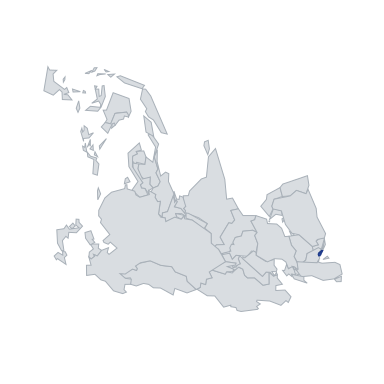 Lebanon on a map of Asia (Equal Earth projection), rotated 186°
{"feature_id": "LBN", "entity_name": "Lebanon", "entity_type": "country or territory", "adm_level": 0, "iso_a3": "LBN", "parent_name": "Asia", "parent_adm1": "", "projection": "equal_earth", "projection_center": [35.971, 33.877], "detail": "fine", "context": "in_parent", "style": "filled", "palette": "blue", "viewbox_px": 384, "rotation_deg": 186, "n_neighbors": 45, "source": "natural_earth", "source_scale": "50m", "svg_char_len": 13452}
<svg xmlns="http://www.w3.org/2000/svg" viewBox="0 0 384 384"><g transform="rotate(186 192 192)"><path d="M176.8,95.8L173.8,98.0L173.7,102.4L168.8,101.4L168.5,106.8L163.1,108.8L166.5,114.2L165.7,116.8L150.4,113.8L149.2,116.3L143.5,115.7L138.4,122.2L133.4,120.6L131.0,114.7L127.8,112.4L120.9,113.2L111.7,106.7L105.8,108.5L107.1,120.1L102.2,116.9L98.5,118.6L98.2,115.4L92.5,109.7L98.8,107.7L98.4,102.8L89.2,104.2L82.6,98.2L84.7,92.2L87.2,93.8L91.7,88.6L103.3,91.7L116.0,91.2L116.4,89.8L112.4,87.8L115.8,84.9L113.8,83.0L114.7,82.1L130.7,78.3L134.8,78.9L136.2,81.7L141.4,82.0L141.6,83.5L148.5,80.8L158.5,91.0L166.0,90.4L176.8,95.8Z" fill="#d9dde1" stroke="#a8b0b8" stroke-width="1"/><path d="M107.1,120.1L105.8,108.5L111.7,106.7L120.9,113.2L127.8,112.4L131.0,114.7L133.4,120.6L137.5,122.2L143.2,117.1L142.3,119.4L149.1,121.5L146.4,123.8L143.4,123.6L143.2,121.2L140.0,122.0L138.7,125.8L136.6,125.7L139.0,130.3L138.1,133.7L113.1,115.5L109.9,120.1L107.1,120.1Z" fill="#d9dde1" stroke="#a8b0b8" stroke-width="1"/><path d="M349.9,277.2L348.4,301.5L346.3,298.4L339.2,298.9L342.5,294.8L341.0,287.6L329.5,280.7L327.5,282.8L324.9,278.0L329.7,275.7L325.6,275.7L321.0,271.0L330.6,270.4L331.7,277.8L334.5,280.0L340.1,273.8L349.9,277.2ZM304.1,300.7L302.2,305.3L299.5,305.7L301.3,302.1L304.1,300.7ZM330.3,293.2L330.2,290.4L331.4,287.8L331.9,290.7L330.3,293.2ZM285.6,252.0L284.1,255.3L288.9,264.1L285.6,264.5L280.8,282.5L264.4,278.4L261.0,265.9L263.0,259.9L265.4,264.6L274.5,262.9L276.8,262.1L280.0,251.3L285.6,252.0ZM313.5,280.1L320.7,279.0L321.6,281.9L313.5,280.1ZM310.6,281.6L308.7,280.9L308.2,279.3L311.0,279.2L310.6,281.6ZM313.7,259.3L315.9,263.2L314.2,270.8L312.3,263.7L313.7,259.3ZM294.2,262.5L306.3,262.1L302.0,266.6L292.2,266.6L291.8,269.4L294.3,272.7L301.0,269.8L295.9,274.6L300.0,287.4L297.5,287.2L298.9,284.1L295.5,284.6L294.3,277.3L292.4,278.4L292.4,288.1L290.6,288.7L288.2,277.9L291.3,266.9L294.2,262.5ZM292.2,304.7L287.3,303.1L290.0,302.4L292.2,304.7ZM290.2,300.4L296.1,299.1L298.7,297.7L298.1,299.8L290.2,300.4ZM284.8,297.7L288.0,300.0L281.4,301.2L284.8,297.7ZM252.5,289.5L270.5,293.4L278.7,298.7L275.4,300.1L250.4,293.1L252.5,289.5ZM245.7,270.1L253.0,278.9L251.9,289.3L248.8,289.4L243.1,283.2L222.7,247.0L228.8,247.8L237.9,259.6L243.1,262.2L246.8,267.1L245.7,270.1Z" fill="#d9dde1" stroke="#a8b0b8" stroke-width="1"/><path d="M304.3,302.5L307.0,298.9L310.8,298.8L304.3,302.5Z" fill="#d9dde1" stroke="#a8b0b8" stroke-width="1"/><path d="M57.9,146.6L55.7,151.5L55.5,159.6L53.9,153.7L56.0,147.3L57.9,146.6Z" fill="#d9dde1" stroke="#a8b0b8" stroke-width="1"/><path d="M57.2,149.6L55.6,153.2L56.2,149.2L57.2,149.6Z" fill="#d9dde1" stroke="#a8b0b8" stroke-width="1"/><path d="M57.2,149.6L65.5,146.3L66.6,150.4L60.9,152.7L63.5,156.1L58.5,160.7L55.5,159.6L57.2,149.6Z" fill="#d9dde1" stroke="#a8b0b8" stroke-width="1"/><path d="M99.8,178.1L106.3,178.6L112.0,172.9L109.2,184.4L101.1,182.6L99.8,178.1Z" fill="#d9dde1" stroke="#a8b0b8" stroke-width="1"/><path d="M97.7,176.3L97.4,173.7L98.7,171.5L99.7,174.7L97.7,176.3Z" fill="#d9dde1" stroke="#a8b0b8" stroke-width="1"/><path d="M87.7,157.7L90.8,162.9L85.9,161.0L87.7,157.7Z" fill="#d9dde1" stroke="#a8b0b8" stroke-width="1"/><path d="M66.6,150.4L65.5,146.3L71.1,142.8L71.7,136.3L75.3,132.9L80.3,133.6L83.8,138.5L82.3,144.3L87.5,149.4L91.0,158.1L81.1,160.7L66.6,150.4Z" fill="#d9dde1" stroke="#a8b0b8" stroke-width="1"/><path d="M109.7,183.6L112.5,175.7L122.1,185.0L117.2,192.5L117.1,197.2L104.9,205.6L101.6,197.0L109.6,193.4L111.1,186.2L109.7,183.6ZM112.4,170.8L111.4,171.7L112.1,170.5L112.4,170.8Z" fill="#d9dde1" stroke="#a8b0b8" stroke-width="1"/><path d="M241.4,222.0L241.7,214.5L250.2,215.8L251.2,213.2L254.7,217.0L254.8,221.5L250.4,224.3L251.8,226.5L244.3,227.8L241.4,222.0Z" fill="#d9dde1" stroke="#a8b0b8" stroke-width="1"/><path d="M247.8,214.3L241.7,214.5L241.4,222.0L234.1,217.5L232.9,232.9L241.6,244.2L239.0,246.2L230.2,236.2L233.2,223.1L228.3,211.2L229.8,207.3L224.7,199.0L226.5,194.4L231.1,191.9L234.8,195.3L235.1,202.4L240.5,199.5L245.1,202.7L248.3,209.5L247.8,214.3Z" fill="#d9dde1" stroke="#a8b0b8" stroke-width="1"/><path d="M253.8,214.6L247.8,214.3L248.3,209.5L242.6,199.8L235.1,202.4L234.8,195.3L231.1,191.9L235.3,189.1L234.2,185.0L239.2,190.6L242.6,190.6L244.1,193.8L241.9,196.0L252.9,208.3L253.8,214.6Z" fill="#d9dde1" stroke="#a8b0b8" stroke-width="1"/><path d="M231.1,191.9L226.5,194.4L224.7,199.0L229.8,207.3L228.3,211.2L233.2,223.1L230.9,230.4L229.9,218.6L224.8,204.6L220.4,209.0L217.0,207.8L216.5,199.9L209.6,188.1L214.3,169.9L219.2,168.1L219.0,163.9L223.0,166.6L222.5,179.4L225.2,178.8L228.2,182.8L227.8,185.7L233.1,186.7L231.1,191.9Z" fill="#d9dde1" stroke="#a8b0b8" stroke-width="1"/><path d="M246.7,228.3L251.8,226.5L250.4,224.3L254.8,221.5L253.9,210.9L241.9,196.0L244.1,193.8L242.6,190.6L239.2,190.6L235.5,184.5L243.4,181.3L251.8,187.8L246.8,196.8L257.4,210.6L259.7,223.9L249.5,235.3L246.7,228.3Z" fill="#d9dde1" stroke="#a8b0b8" stroke-width="1"/><path d="M287.8,116.6L287.8,121.5L284.1,125.1L287.7,129.6L279.3,130.5L279.3,126.3L275.8,124.5L276.9,122.5L279.5,118.5L283.3,119.6L282.1,117.9L285.3,114.8L287.8,116.6Z" fill="#d9dde1" stroke="#a8b0b8" stroke-width="1"/><path d="M283.4,131.7L287.7,128.8L293.0,134.9L294.2,140.5L288.5,142.9L284.6,135.0L286.3,134.5L283.4,131.7Z" fill="#d9dde1" stroke="#a8b0b8" stroke-width="1"/><path d="M177.6,95.5L186.4,91.1L199.0,94.3L200.0,87.6L213.3,93.2L220.4,92.7L225.4,95.6L230.7,96.0L237.6,92.7L243.4,93.8L244.4,100.2L249.3,99.2L254.8,102.2L243.1,109.1L238.9,108.2L238.5,110.2L240.5,112.4L238.2,115.1L226.4,119.2L215.3,115.8L204.3,115.6L200.3,110.8L188.9,107.6L187.4,102.7L177.6,95.5Z" fill="#d9dde1" stroke="#a8b0b8" stroke-width="1"/><path d="M219.0,163.9L219.2,168.1L214.3,169.9L210.3,186.0L208.1,180.3L207.2,182.6L205.5,180.8L207.9,175.5L201.3,174.5L197.0,170.3L196.5,172.7L198.7,174.6L196.8,177.2L198.6,178.2L200.3,187.3L195.3,188.0L194.5,192.8L184.1,205.9L179.2,208.3L179.3,228.8L173.2,237.7L160.7,208.0L156.8,188.5L151.1,190.2L144.1,180.1L151.5,177.7L146.6,168.6L149.1,164.9L152.2,165.2L159.3,150.1L154.4,143.1L162.2,142.0L164.1,139.2L167.5,143.1L168.6,152.7L175.5,157.3L173.5,162.1L182.7,167.1L195.7,170.4L196.5,164.6L197.4,168.0L200.0,169.4L206.0,168.9L204.5,165.7L215.0,159.8L216.0,163.4L219.0,163.9Z" fill="#d9dde1" stroke="#a8b0b8" stroke-width="1"/><path d="M208.1,180.3L210.1,191.0L206.6,183.4L204.1,183.3L203.9,186.8L200.5,186.0L196.8,177.2L198.7,174.6L196.5,172.7L197.0,170.3L201.3,174.5L207.9,175.5L205.5,180.8L207.2,182.6L208.1,180.3Z" fill="#d9dde1" stroke="#a8b0b8" stroke-width="1"/><path d="M204.5,165.7L206.0,168.9L197.4,168.0L199.8,163.8L204.5,165.7Z" fill="#d9dde1" stroke="#a8b0b8" stroke-width="1"/><path d="M195.1,165.3L195.7,170.4L193.5,170.5L173.5,162.1L176.4,156.4L188.9,164.1L195.1,165.3Z" fill="#d9dde1" stroke="#a8b0b8" stroke-width="1"/><path d="M164.1,139.2L162.2,142.0L154.4,143.1L159.3,150.1L152.2,165.2L149.1,164.9L146.6,168.6L151.5,177.7L144.1,180.1L138.8,173.9L126.0,175.2L126.7,171.0L130.3,169.2L123.0,158.5L127.6,160.3L137.3,158.3L138.3,153.4L144.2,151.3L148.5,135.8L156.4,133.7L159.7,137.8L164.1,139.2Z" fill="#d9dde1" stroke="#a8b0b8" stroke-width="1"/><path d="M130.4,133.8L141.5,133.6L144.9,129.2L148.3,135.0L151.5,132.5L156.4,133.7L147.2,137.2L148.6,140.3L147.3,144.2L144.8,144.1L146.1,146.4L144.2,151.3L138.3,153.4L137.3,158.3L127.6,160.3L123.0,158.5L125.1,155.3L121.2,147.6L122.0,138.6L126.6,139.5L130.4,133.8Z" fill="#d9dde1" stroke="#a8b0b8" stroke-width="1"/><path d="M138.1,133.7L139.0,130.3L136.6,125.7L143.2,121.2L144.4,123.5L141.0,125.8L151.4,126.2L155.8,132.8L148.3,135.0L144.9,129.2L141.5,133.6L138.1,133.7Z" fill="#d9dde1" stroke="#a8b0b8" stroke-width="1"/><path d="M143.2,117.1L149.2,116.3L150.4,113.8L165.7,116.8L151.4,126.2L141.0,125.8L140.9,124.0L149.1,121.5L142.3,119.4L143.2,117.1Z" fill="#d9dde1" stroke="#a8b0b8" stroke-width="1"/><path d="M98.5,118.6L102.2,116.9L105.9,120.3L109.9,120.1L113.1,115.5L134.5,130.9L134.7,132.9L132.6,132.0L124.7,139.9L122.0,138.6L121.5,135.8L111.5,130.7L103.2,133.5L102.7,127.7L99.4,124.2L99.8,121.5L104.2,121.3L101.4,117.5L99.5,120.7L98.5,118.6Z" fill="#d9dde1" stroke="#a8b0b8" stroke-width="1"/><path d="M91.0,158.1L87.5,149.4L82.3,144.3L83.8,138.5L78.9,130.9L78.4,126.2L83.5,128.4L88.1,125.7L91.3,132.2L95.6,134.6L103.0,134.3L109.7,130.4L121.5,135.8L121.2,147.6L125.1,155.3L123.0,158.5L130.3,169.2L126.7,171.0L126.0,175.2L115.0,172.8L113.6,168.5L104.4,169.0L99.1,165.3L95.0,157.4L91.0,158.1Z" fill="#d9dde1" stroke="#a8b0b8" stroke-width="1"/><path d="M57.6,148.6L59.9,143.5L58.1,139.4L60.2,134.7L74.2,133.4L71.7,136.3L71.1,142.8L60.5,149.9L57.6,148.6Z" fill="#d9dde1" stroke="#a8b0b8" stroke-width="1"/><path d="M84.4,128.3L77.2,123.5L76.9,120.8L81.8,121.7L84.4,128.3Z" fill="#d9dde1" stroke="#a8b0b8" stroke-width="1"/><path d="M80.3,133.6L60.2,134.7L58.7,138.1L58.7,135.3L55.1,134.8L42.5,137.0L37.3,135.3L34.1,126.1L41.8,120.4L52.3,117.8L64.1,121.3L74.5,119.2L80.0,125.2L78.4,126.2L80.3,133.6ZM34.3,118.5L38.9,117.9L41.2,120.1L34.6,123.8L34.3,118.5Z" fill="#d9dde1" stroke="#a8b0b8" stroke-width="1"/><path d="M185.0,239.3L184.8,243.2L181.3,245.1L179.2,236.8L180.2,230.8L185.0,239.3Z" fill="#d9dde1" stroke="#a8b0b8" stroke-width="1"/><path d="M257.6,199.9L254.7,195.7L260.1,193.1L259.7,198.2L257.6,199.9ZM151.4,126.2L166.5,114.2L163.1,108.8L168.5,106.8L168.8,101.4L173.7,102.4L173.8,98.0L177.6,95.5L187.4,102.7L188.9,107.6L200.3,110.8L204.3,115.6L215.3,115.8L226.4,119.2L235.8,116.3L240.5,112.4L238.5,110.2L238.9,108.2L243.1,109.1L249.9,103.4L255.1,103.3L249.3,99.2L243.2,99.0L243.4,93.8L249.0,93.1L249.4,87.8L246.8,85.6L250.3,83.7L259.7,85.5L268.8,94.2L273.4,95.1L279.9,100.0L288.1,98.0L289.3,108.1L284.7,108.6L287.8,116.6L285.3,114.8L282.1,117.9L283.3,119.6L279.5,118.5L275.8,124.5L269.2,127.9L270.0,123.0L268.0,121.3L260.7,128.4L268.0,133.6L269.9,131.3L274.3,132.6L275.4,134.4L269.3,141.1L279.8,152.0L279.2,155.5L282.3,158.5L282.8,164.1L278.0,177.0L272.0,183.4L259.3,188.3L259.0,192.1L257.5,192.4L256.8,188.3L249.0,186.8L247.5,183.3L243.4,181.3L234.2,185.0L235.3,189.1L227.8,185.7L228.2,182.8L225.2,178.8L222.5,179.4L223.0,166.6L220.4,163.7L216.0,163.4L215.0,159.8L206.5,165.2L199.8,163.8L197.2,167.3L196.5,164.6L188.9,164.1L168.6,152.7L167.5,143.1L159.7,137.8L151.4,126.2Z" fill="#d9dde1" stroke="#a8b0b8" stroke-width="1"/><path d="M284.9,174.4L286.1,183.3L285.6,186.3L282.7,180.6L284.9,174.4Z" fill="#d9dde1" stroke="#a8b0b8" stroke-width="1"/><path d="M83.7,118.3L87.2,120.6L89.0,118.5L93.7,123.5L91.7,123.7L90.4,129.8L88.1,125.7L84.4,128.3L82.0,124.6L80.3,120.3L84.0,120.9L83.7,118.3ZM83.5,128.4L81.8,128.0L80.0,125.2L82.4,126.0L83.5,128.4Z" fill="#d9dde1" stroke="#a8b0b8" stroke-width="1"/><path d="M67.9,113.4L81.3,116.3L84.3,120.5L71.9,119.4L71.5,115.9L67.9,113.4Z" fill="#d9dde1" stroke="#a8b0b8" stroke-width="1"/><path d="M292.7,221.9L289.6,217.3L293.0,218.7L292.7,221.9ZM298.6,233.7L297.9,226.8L299.2,229.1L300.8,225.5L298.6,233.7ZM305.1,231.0L309.0,240.6L308.2,244.0L307.0,240.2L305.8,242.1L306.2,246.6L302.8,244.4L300.7,238.2L296.2,240.6L300.1,235.0L305.5,233.9L305.1,231.0ZM289.0,228.1L282.7,236.2L288.2,225.0L289.0,228.1ZM292.5,199.8L293.0,214.1L299.3,216.1L300.3,220.7L296.7,217.0L290.2,215.8L290.9,213.4L287.5,210.1L287.9,198.8L292.5,199.8ZM295.4,228.5L294.5,223.1L298.0,224.2L295.4,228.5ZM304.4,222.1L305.6,226.2L303.4,225.2L303.2,229.6L300.8,220.6L304.4,222.1Z" fill="#d9dde1" stroke="#a8b0b8" stroke-width="1"/><path d="M235.9,243.3L244.0,246.8L247.9,262.6L239.9,257.1L235.9,243.3ZM285.6,252.0L280.0,251.3L276.8,262.1L265.4,264.6L263.5,262.4L263.0,259.9L267.2,260.5L267.7,257.4L272.1,255.8L275.3,250.5L278.5,251.3L281.9,241.6L289.0,247.2L285.6,252.0Z" fill="#d9dde1" stroke="#a8b0b8" stroke-width="1"/><path d="M278.6,247.1L278.5,251.3L276.6,252.5L275.3,250.5L278.6,247.1Z" fill="#d9dde1" stroke="#a8b0b8" stroke-width="1"/><path d="M320.4,127.0L322.5,140.3L315.5,142.1L313.4,146.0L310.1,142.2L300.6,144.6L304.1,147.1L304.4,152.9L301.6,153.0L301.1,149.9L297.3,146.6L302.7,139.4L310.3,139.0L310.4,133.1L312.8,134.7L315.8,130.1L313.3,120.5L315.5,119.9L320.4,127.0ZM318.9,111.7L319.8,110.4L322.4,113.9L318.9,117.9L313.9,115.7L314.5,119.2L311.8,119.3L309.8,116.1L312.1,113.5L309.7,106.8L318.9,111.7ZM304.6,146.0L307.4,143.0L310.3,144.8L307.2,148.6L304.6,146.0Z" fill="#d9dde1" stroke="#a8b0b8" stroke-width="1"/><path d="M101.6,197.0L104.9,205.6L102.5,209.4L78.9,220.3L76.4,210.9L78.4,202.2L88.3,204.5L93.9,198.4L101.6,197.0Z" fill="#d9dde1" stroke="#a8b0b8" stroke-width="1"/><path d="M55.6,160.1L62.3,157.9L63.5,156.1L60.9,152.7L66.6,150.4L81.1,160.7L88.3,161.4L95.7,169.5L101.1,182.6L109.7,183.6L111.1,186.2L109.6,193.4L93.9,198.4L88.3,204.5L78.4,202.2L76.8,206.7L66.8,188.7L65.0,180.1L54.8,164.6L55.6,160.1Z" fill="#d9dde1" stroke="#a8b0b8" stroke-width="1"/><path d="M54.7,138.6L50.7,142.3L48.9,140.5L54.7,138.6Z" fill="#d9dde1" stroke="#a8b0b8" stroke-width="1"/><path d="M58.3,142.1L58.7,142.1L59.0,142.0L59.1,141.9L59.3,142.0L59.3,142.3L59.2,142.5L59.3,142.5L59.5,142.6L59.8,143.4L59.7,143.7L59.5,144.0L59.4,144.0L59.2,144.1L59.1,144.3L59.1,144.5L59.3,144.7L59.2,144.8L59.1,144.7L58.9,144.7L58.7,144.7L58.6,144.8L58.4,144.9L58.3,145.0L58.2,145.3L58.3,145.5L58.3,145.8L58.2,145.9L58.1,146.0L57.9,146.2L57.8,146.3L57.7,146.4L57.4,146.6L57.3,146.8L57.3,146.7L57.1,146.7L57.0,147.2L56.8,147.3L56.6,147.3L56.4,147.3L56.1,147.3L56.2,147.0L56.3,146.7L56.4,146.2L56.6,145.9L57.1,144.6L57.4,144.1L57.4,143.3L57.8,142.7L58.1,142.5L58.3,142.3L58.3,142.1Z" fill="#3b82f6" stroke="#1e3a8a" stroke-width="1.5"/></g></svg>